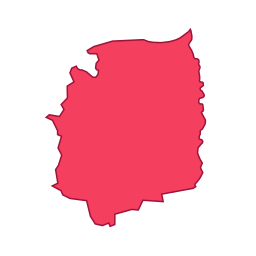 Camden, Georgia, United States of America (Robinson projection), rotated 252°
{"feature_id": "52423323B71362647483761", "entity_name": "Camden", "entity_type": "district", "adm_level": 2, "iso_a3": "USA", "parent_name": "United States of America", "parent_adm1": "Georgia", "projection": "robinson", "projection_center": [-81.646, 30.939], "detail": "fine", "context": "isolated", "style": "filled", "palette": "rose", "viewbox_px": 256, "rotation_deg": 252, "n_neighbors": 0, "source": "geoboundaries", "source_scale": "gbopen_adm2", "svg_char_len": 2119}
<svg xmlns="http://www.w3.org/2000/svg" viewBox="0 0 256 256"><g transform="rotate(252 128 128)"><path d="M51.3,174.3L52.3,174.0L53.5,174.2L54.4,174.9L54.9,176.2L57.8,180.5L59.7,182.6L62.4,185.3L67.7,184.6L69.8,186.1L71.2,187.5L71.7,187.8L76.2,186.8L82.3,186.4L82.9,186.5L87.5,188.5L90.2,192.8L90.8,194.2L92.0,194.9L93.3,194.8L94.1,194.4L94.8,193.2L95.6,192.6L97.2,192.7L98.5,193.6L99.9,194.8L101.2,195.3L102.4,195.6L102.8,195.8L103.2,196.1L103.5,196.6L103.7,197.2L103.9,198.1L104.0,198.4L107.5,202.1L109.1,203.2L111.5,204.1L119.8,202.6L120.5,203.1L120.8,204.3L121.1,204.8L121.7,205.3L127.1,206.3L128.0,205.8L128.2,205.4L128.6,204.1L128.9,203.7L129.8,203.3L130.6,203.3L132.4,203.9L133.1,204.4L133.9,204.9L134.0,205.8L133.9,207.6L134.0,208.9L134.5,209.9L134.9,210.3L135.9,210.7L140.1,209.9L141.3,208.9L142.8,208.6L143.9,209.3L144.2,210.0L144.6,211.8L145.3,212.9L148.0,213.4L148.6,212.9L149.2,211.6L149.8,210.8L150.7,210.5L153.2,211.6L155.5,212.2L159.8,212.8L160.6,213.1L162.3,214.5L163.8,215.4L166.8,214.9L167.9,215.3L168.6,215.9L169.4,216.0L170.1,216.2L170.6,216.3L171.2,216.2L171.7,215.9L172.4,215.1L172.7,214.5L172.9,213.8L173.3,213.1L174.1,212.6L174.8,212.4L177.1,212.7L178.8,212.8L181.8,212.5L187.6,211.3L188.3,211.3L189.5,212.2L192.2,215.7L193.2,216.3L195.9,217.2L197.4,217.4L201.1,217.9L202.6,217.7L200.9,215.4L197.5,205.1L197.0,200.5L197.3,194.2L198.9,186.0L201.7,178.4L203.9,174.1L207.0,170.3L207.7,168.3L215.4,140.2L216.0,120.8L214.3,113.1L211.9,113.3L210.5,114.5L208.2,121.3L201.5,121.3L199.4,117.8L195.1,115.7L193.2,116.1L192.1,117.7L188.4,116.2L186.2,113.1L187.2,110.2L194.2,105.9L197.5,102.1L198.0,100.4L200.1,98.3L202.8,97.9L202.3,93.0L198.3,89.8L188.6,90.9L186.6,83.1L175.3,79.7L171.0,71.7L165.4,72.8L160.1,66.4L164.9,57.2L163.4,53.5L158.6,58.6L147.2,60.2L143.5,59.0L140.7,62.2L130.6,55.3L122.7,56.6L113.8,50.2L110.8,46.3L97.2,44.2L96.3,38.1L89.0,45.0L84.6,45.3L78.9,51.1L71.7,66.2L55.6,65.0L46.9,67.2L43.1,73.6L43.6,80.3L40.0,80.6L40.3,85.6L50.1,88.9L49.4,106.5L46.8,112.4L54.7,119.8L52.4,125.6L47.1,138.7L54.7,139.6L50.5,171.4L51.3,174.3Z" fill="#f43f5e" stroke="#9f1239" stroke-width="1.5"/></g></svg>